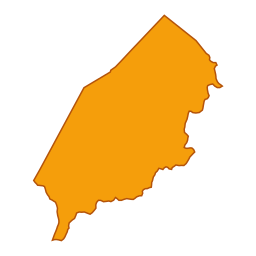 Pindaí, Bahia, Brazil (Albers equal-area conic projection)
{"feature_id": "56859067B7976489676408", "entity_name": "Pindaí", "entity_type": "district", "adm_level": 2, "iso_a3": "BRA", "parent_name": "Brazil", "parent_adm1": "Bahia", "projection": "albers", "projection_center": [-42.662, -14.477], "detail": "fine", "context": "isolated", "style": "filled", "palette": "amber", "viewbox_px": 256, "rotation_deg": 0, "n_neighbors": 0, "source": "geoboundaries", "source_scale": "gbopen_adm2", "svg_char_len": 2238}
<svg xmlns="http://www.w3.org/2000/svg" viewBox="0 0 256 256"><path d="M164.3,15.4L138.7,42.4L132.4,49.0L120.7,61.5L115.5,66.9L110.8,70.2L110.3,72.0L84.0,87.7L71.8,110.3L45.7,158.8L39.7,169.9L33.7,180.5L35.1,182.4L36.5,183.8L37.6,185.2L40.3,185.5L43.0,185.8L44.5,186.6L45.3,188.9L46.1,192.1L47.5,194.7L49.0,196.6L49.9,199.0L52.2,200.1L53.7,201.1L55.5,202.2L56.7,205.1L57.5,208.2L57.1,211.7L57.7,215.5L58.4,218.0L58.9,220.4L58.9,222.6L58.3,224.7L57.4,226.7L56.8,228.7L55.8,231.3L54.5,234.4L52.4,240.2L54.4,239.6L56.2,239.5L58.4,239.8L61.4,240.6L63.6,238.9L64.9,236.9L66.0,234.4L67.2,231.9L67.8,229.4L69.0,228.1L68.6,225.8L69.1,223.0L70.4,221.7L72.4,219.9L74.5,218.5L75.8,215.5L76.6,213.0L79.2,212.0L81.5,212.2L84.4,212.0L87.4,213.2L90.1,214.2L92.2,212.7L94.2,210.4L95.9,208.2L95.8,204.8L96.6,202.4L98.4,200.3L100.8,200.4L103.5,201.7L106.2,201.4L108.8,201.0L110.9,201.6L113.6,200.2L115.5,197.5L117.2,198.7L118.9,200.3L121.5,200.3L124.1,199.3L126.7,198.6L129.2,199.0L131.3,199.3L133.4,199.4L135.1,198.2L136.6,196.9L139.4,195.8L141.7,195.7L142.7,193.2L142.3,191.3L143.4,189.7L145.2,188.7L147.4,188.6L149.2,187.7L151.3,187.2L151.6,184.4L151.7,182.4L152.5,180.6L152.9,178.8L153.4,176.9L154.8,174.9L155.5,172.7L157.3,171.0L158.9,168.3L161.2,168.9L162.9,169.5L164.3,167.8L166.0,166.8L167.8,167.4L169.1,168.9L171.6,169.4L172.2,167.6L174.2,166.3L175.9,165.0L179.1,165.6L181.3,165.4L183.9,165.5L186.1,163.6L187.5,161.4L189.0,158.8L189.8,157.1L191.3,155.5L192.9,153.8L194.7,152.0L193.6,149.5L191.9,148.0L190.1,147.9L187.8,148.3L185.9,148.3L184.2,147.5L184.9,145.0L186.7,142.6L187.6,140.1L187.8,138.2L188.3,136.2L186.8,134.5L184.5,132.4L184.2,129.2L184.8,127.0L185.2,123.4L187.0,119.3L187.7,116.4L188.3,113.3L189.2,111.2L191.0,111.3L192.8,112.6L195.8,113.0L199.3,112.5L202.4,110.1L202.9,108.2L203.4,105.1L204.1,101.3L205.0,99.4L207.1,98.8L208.3,97.5L209.1,95.7L208.1,93.3L207.4,89.7L207.2,87.4L207.7,85.6L209.9,84.6L212.7,84.0L214.8,86.1L217.3,87.6L219.8,87.6L222.3,86.1L220.7,84.8L218.9,83.6L217.5,81.9L216.7,80.2L216.0,78.5L215.9,76.5L215.6,74.2L215.0,71.6L214.3,68.6L215.5,66.1L217.0,65.1L215.8,62.6L213.2,62.6L210.6,61.1L209.5,59.8L209.8,57.4L208.9,55.3L206.2,53.4L196.0,40.6L164.3,15.4Z" fill="#f59e0b" stroke="#b45309" stroke-width="1.5"/></svg>